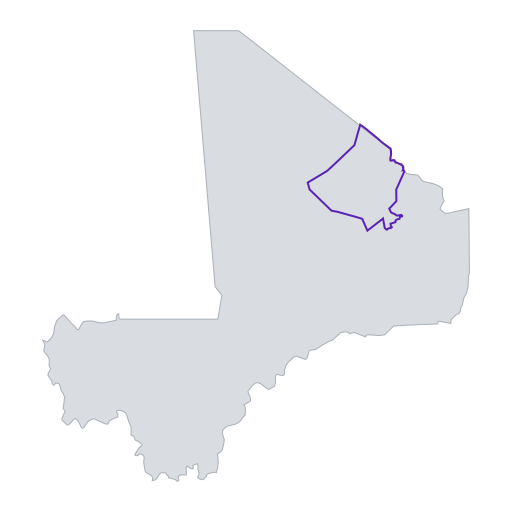 location of Tessalit, Kidal, Mali
{"feature_id": "8926073B10282848961107", "entity_name": "Tessalit", "entity_type": "district", "adm_level": 2, "iso_a3": "MLI", "parent_name": "Mali", "parent_adm1": "Kidal", "projection": "natural_earth1", "projection_center": [1.279, 20.161], "detail": "fine", "context": "in_parent", "style": "outline", "palette": "violet", "viewbox_px": 512, "rotation_deg": 0, "n_neighbors": 0, "source": "geoboundaries", "source_scale": "gbopen_adm2", "svg_char_len": 5625}
<svg xmlns="http://www.w3.org/2000/svg" viewBox="0 0 512 512"><path d="M64.7,412.8L64.9,410.6L63.2,409.0L63.1,408.2L64.2,401.6L64.1,399.9L64.9,396.6L63.7,395.1L63.5,394.0L60.8,389.7L60.1,386.0L58.7,383.6L55.5,382.9L54.3,384.9L53.6,385.2L52.4,383.8L52.0,382.5L52.0,381.3L48.0,375.6L48.3,372.6L49.8,370.9L50.5,368.3L49.0,365.3L49.3,362.3L49.1,358.3L46.7,354.7L45.2,353.1L43.8,350.6L45.0,344.9L42.6,340.0L47.2,341.9L49.3,340.1L51.5,337.6L53.3,334.4L54.1,330.3L54.5,326.8L56.4,321.3L58.6,318.7L63.2,314.9L64.4,315.3L71.6,323.4L75.7,327.5L77.2,329.6L78.6,329.7L80.7,325.7L82.9,322.3L83.9,321.4L91.2,320.9L95.1,321.6L98.5,322.6L103.4,322.9L116.2,320.3L116.4,318.7L116.2,316.8L116.8,315.3L117.8,314.0L118.7,313.7L119.1,318.3L120.1,319.0L123.2,319.2L217.8,319.2L221.9,295.3L215.1,286.7L193.6,30.7L238.5,30.7L246.2,36.5L389.8,149.1L390.5,152.7L390.3,157.7L391.4,159.2L393.5,160.9L401.7,165.7L402.3,166.6L402.6,168.6L403.6,171.1L405.3,172.5L407.4,173.5L409.8,174.3L417.3,175.0L418.9,176.2L422.1,180.6L423.8,181.5L433.9,183.9L437.1,185.1L440.7,187.1L442.5,188.9L442.5,195.9L443.9,200.4L443.9,201.6L442.3,203.4L441.9,204.8L440.1,208.4L440.5,209.8L444.0,212.5L445.7,213.3L447.7,213.3L468.9,208.6L469.4,273.7L468.5,274.7L468.1,286.3L466.5,293.1L463.8,298.1L462.1,305.6L461.0,307.0L460.3,311.3L458.7,313.8L456.0,314.8L451.1,319.6L450.7,323.4L439.2,321.3L438.4,321.3L437.9,321.8L437.7,323.9L408.2,325.1L393.7,326.0L384.6,334.8L378.7,335.6L371.3,334.9L367.5,334.8L366.0,335.3L365.8,336.9L354.0,332.4L349.7,333.8L349.0,333.4L348.4,332.4L346.3,331.9L342.9,332.1L340.5,332.8L333.0,339.7L329.0,341.4L321.5,345.6L316.3,349.1L314.4,349.8L311.5,349.9L309.1,350.7L306.9,358.6L305.4,359.4L296.5,356.2L294.7,356.7L293.2,357.6L288.2,362.3L285.7,366.0L284.3,371.0L284.6,374.2L283.7,375.2L281.4,375.5L277.3,374.4L276.0,374.9L275.4,377.3L275.5,382.7L274.5,386.3L272.1,387.4L270.2,388.9L268.7,389.3L267.4,388.9L260.3,383.5L257.8,382.6L255.1,383.2L252.5,385.5L247.9,391.2L248.4,393.2L249.6,395.6L250.5,398.5L250.5,401.1L243.9,404.7L245.4,407.5L245.2,414.9L242.1,418.2L241.0,420.4L238.1,422.8L235.5,424.1L227.5,426.1L224.3,428.4L222.8,430.3L222.4,432.3L222.7,434.7L224.3,439.5L223.7,444.0L222.4,449.1L221.1,451.4L217.4,454.1L217.9,457.4L218.2,462.3L217.6,468.5L216.4,472.7L215.6,472.3L212.0,472.5L208.1,473.8L206.7,474.9L206.4,476.3L203.1,479.7L200.9,479.5L198.9,478.6L197.8,477.7L197.7,477.2L199.0,474.4L199.1,473.5L197.8,468.7L198.1,467.5L197.6,463.9L197.3,463.7L193.0,465.3L192.8,466.0L193.5,468.3L193.0,468.7L191.5,468.6L189.4,467.9L187.1,465.8L186.5,466.4L186.2,468.1L186.1,470.1L186.6,473.7L186.0,475.0L182.4,474.8L179.3,475.3L178.6,476.6L178.2,478.0L178.9,479.6L178.8,480.3L177.5,481.3L177.0,481.2L175.3,479.5L168.6,477.8L168.0,475.3L167.2,475.3L165.1,472.3L164.2,472.4L163.4,472.9L160.9,472.7L158.6,475.3L156.8,478.5L155.0,480.0L152.2,480.7L152.7,478.7L151.8,475.9L146.0,472.4L145.1,470.9L143.7,462.9L143.8,460.6L144.2,458.5L144.1,456.9L143.4,455.6L141.7,454.4L139.9,453.9L137.6,455.5L136.4,455.7L135.4,455.6L134.9,455.1L135.0,454.3L137.5,450.0L138.7,448.2L141.2,446.1L141.9,445.1L141.9,444.3L141.7,443.7L140.1,442.9L137.6,440.9L136.2,440.7L135.1,439.8L133.9,436.7L133.3,436.1L132.1,435.7L131.0,435.0L131.2,427.4L128.8,421.8L126.6,414.6L125.5,412.9L123.5,411.5L121.1,410.5L118.9,410.2L116.4,411.0L116.4,411.7L117.8,414.0L118.0,415.3L117.8,416.5L117.3,417.4L114.0,418.2L109.5,420.8L108.0,423.8L107.0,424.2L105.2,423.8L93.5,418.6L88.5,420.9L85.3,425.4L84.5,426.9L83.0,428.1L82.1,428.2L81.3,427.3L77.9,420.5L76.4,418.9L74.6,418.8L73.0,419.9L71.3,422.2L69.2,424.3L67.9,425.0L66.7,424.6L61.9,420.0L61.7,419.1L63.9,413.7L64.7,412.8Z" fill="#d9dde1" stroke="#a8b0b8" stroke-width="1"/><path d="M367.4,230.6L380.4,220.6L383.0,218.5L384.8,228.2L386.8,229.7L388.4,228.3L390.2,228.1L391.4,227.7L391.8,227.1L390.8,226.0L390.5,223.7L395.4,222.2L395.7,220.2L397.4,219.3L399.4,218.9L400.0,216.9L402.1,216.3L402.1,215.6L401.1,214.9L399.0,215.3L397.3,215.6L396.2,215.3L395.2,214.3L393.8,213.7L391.1,212.5L389.2,208.7L396.4,201.1L396.2,189.7L404.4,171.3L404.3,171.2L404.2,171.1L403.8,170.8L403.6,170.6L403.3,170.3L403.2,170.3L403.3,170.2L403.2,169.8L403.2,169.7L403.3,169.6L403.4,169.4L403.3,169.1L403.2,169.1L403.1,168.9L403.1,168.6L403.2,168.4L403.3,168.3L403.3,168.1L403.4,167.9L403.3,167.7L403.2,167.7L403.0,167.4L403.1,167.2L403.0,166.9L403.0,166.7L403.1,166.4L402.9,166.2L402.7,166.0L402.6,165.8L402.6,165.6L402.3,165.4L402.2,165.3L402.1,165.2L401.9,165.1L401.6,165.0L401.5,164.9L401.4,164.8L401.4,164.7L401.3,164.4L401.2,164.4L400.9,164.3L400.7,164.3L400.6,164.2L400.4,164.1L400.2,164.1L399.8,163.9L399.6,163.9L399.2,163.8L398.8,163.6L398.7,163.5L398.5,163.4L398.3,163.3L398.1,163.2L397.9,163.1L397.6,162.9L397.3,162.8L396.6,162.6L396.4,162.5L396.2,162.7L395.9,162.7L395.7,162.4L395.4,162.2L395.2,162.0L395.0,161.7L394.9,161.4L394.8,161.2L394.8,160.9L394.7,160.7L394.4,160.4L394.2,160.1L393.9,160.1L393.7,160.1L393.3,160.2L393.2,160.3L392.8,160.2L392.7,160.2L392.4,160.3L392.2,160.5L391.8,160.6L391.7,160.6L391.2,160.7L390.9,160.6L390.6,160.6L390.4,160.4L390.3,160.2L390.3,159.9L390.3,159.5L390.3,159.2L390.3,158.5L390.4,158.0L390.5,157.8L390.6,157.3L390.7,156.9L390.7,156.5L390.8,156.0L390.9,155.2L391.0,154.7L391.1,153.9L391.0,153.7L391.0,153.0L391.0,152.4L391.0,152.2L391.0,151.0L390.8,149.8L390.6,148.7L390.4,148.5L389.4,147.8L389.1,147.6L386.1,145.4L383.1,143.2L381.3,141.7L379.6,140.2L377.5,138.3L375.7,136.9L374.0,135.4L371.6,133.5L369.8,132.1L366.8,129.5L363.3,126.9L360.2,124.7L354.4,145.2L337.7,161.1L327.3,170.8L307.7,182.6L309.6,189.5L331.5,210.7L337.5,211.8L356.2,217.0L362.2,218.8L367.4,230.6Z" fill="none" stroke="#5b21b6" stroke-width="2"/></svg>